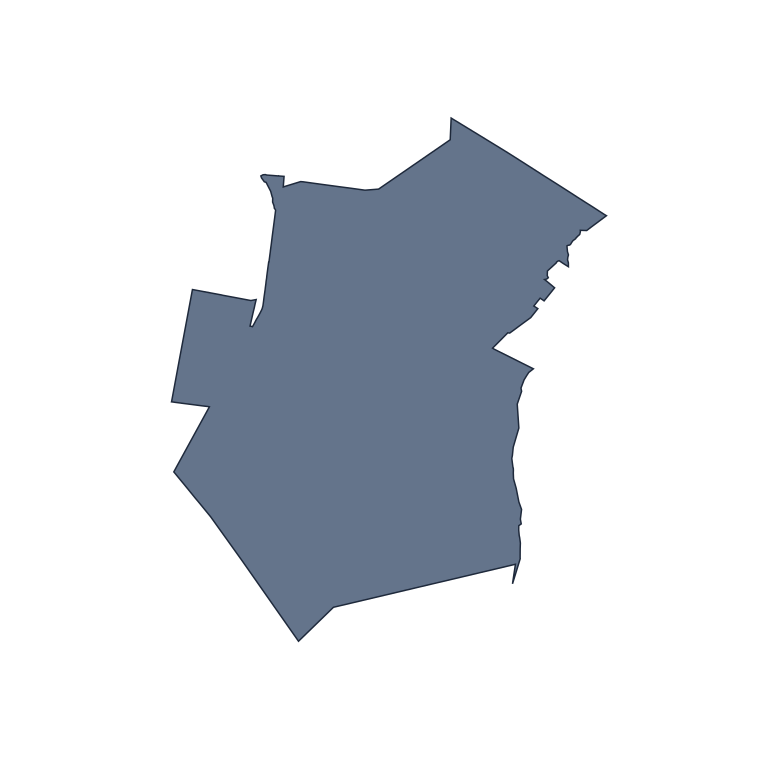 Bustamante, Nuevo León, Mexico, rotated 213°
{"feature_id": "50627088B226456394087", "entity_name": "Bustamante", "entity_type": "district", "adm_level": 2, "iso_a3": "MEX", "parent_name": "Mexico", "parent_adm1": "Nuevo León", "projection": "mercator", "projection_center": [-100.55, 26.571], "detail": "fine", "context": "isolated", "style": "filled", "palette": "slate", "viewbox_px": 768, "rotation_deg": 213, "n_neighbors": 0, "source": "geoboundaries", "source_scale": "gbopen_adm2", "svg_char_len": 2883}
<svg xmlns="http://www.w3.org/2000/svg" viewBox="0 0 768 768"><g transform="rotate(213 384 384)"><path d="M167.4,286.4L174.6,311.6L175.2,312.4L180.0,319.9L183.0,324.9L186.5,329.0L188.1,330.6L191.4,334.8L193.8,338.6L192.7,341.4L196.0,344.9L200.3,353.7L206.6,358.5L216.3,368.5L223.7,375.0L227.1,379.8L228.6,382.3L229.8,383.9L230.0,384.0L230.6,384.5L236.3,391.2L237.4,394.0L241.2,401.4L246.9,420.5L261.3,439.7L264.6,452.8L266.9,455.2L268.8,463.9L268.8,465.2L268.8,465.6L268.9,468.2L268.9,472.5L267.0,478.1L306.2,473.7L310.8,473.2L312.5,473.2L310.7,481.6L309.5,487.3L308.1,494.2L308.1,494.3L306.3,495.2L300.3,511.2L297.1,519.6L296.5,525.8L296.0,531.0L296.4,531.0L300.8,531.0L300.2,537.3L299.8,541.0L299.0,541.0L297.3,541.0L295.0,540.9L294.0,550.6L293.3,557.6L295.8,557.9L297.2,558.1L306.2,559.1L305.4,559.8L304.6,560.9L304.1,562.6L306.1,563.8L308.5,567.8L305.5,579.3L305.7,580.2L305.0,581.9L304.3,582.8L299.1,582.7L293.2,582.8L295.4,586.1L297.7,588.1L298.9,590.5L299.6,592.7L302.2,594.9L305.2,598.7L305.8,599.6L305.2,600.5L304.7,600.9L304.5,601.2L304.0,601.6L303.8,602.1L303.6,602.9L303.7,604.8L303.6,606.9L303.5,607.5L303.0,608.6L302.4,610.3L302.5,611.4L302.2,612.1L302.2,612.8L301.3,616.0L302.2,618.6L303.1,619.8L297.6,623.1L295.6,628.7L289.1,646.3L292.1,646.2L297.3,646.2L305.5,646.2L313.2,646.1L324.1,646.0L332.8,646.0L348.3,645.9L363.9,645.7L382.7,645.6L382.9,645.6L404.8,645.4L425.6,644.9L472.5,643.6L461.5,624.9L494.7,544.5L505.5,536.2L518.5,530.1L528.1,525.5L533.6,522.9L545.0,517.5L555.2,512.7L561.8,509.6L563.9,508.5L564.1,508.4L570.4,500.9L574.0,496.6L575.8,494.4L580.9,503.7L585.1,501.4L585.4,501.3L585.3,501.2L585.4,501.3L585.6,501.2L585.8,501.0L590.1,498.7L596.1,495.4L597.6,495.0L599.4,493.6L600.6,491.4L598.9,490.1L594.5,488.4L592.7,488.9L584.0,483.9L580.0,480.3L578.6,479.3L576.5,475.9L573.5,473.7L572.4,472.5L571.5,471.5L570.2,471.2L569.5,470.6L566.1,463.6L558.7,448.1L554.8,440.1L552.2,434.6L552.1,434.3L551.9,434.0L551.3,432.8L549.4,428.8L547.0,423.8L547.2,423.6L544.1,417.0L540.9,410.3L540.4,409.4L539.9,408.4L539.7,407.9L538.6,405.5L537.8,404.0L536.2,400.6L535.1,398.4L533.9,395.8L531.9,391.5L530.0,387.6L529.8,387.2L528.2,383.8L527.3,381.1L527.0,379.6L526.9,378.6L526.7,377.0L526.5,374.8L526.2,370.2L526.2,368.9L526.0,366.3L525.9,365.9L525.5,360.5L527.9,359.6L530.9,367.8L532.3,371.6L533.1,373.8L534.2,377.0L535.0,379.1L535.8,381.2L537.2,385.2L541.1,381.5L558.4,374.4L558.6,374.3L558.8,374.2L559.1,374.1L566.6,371.0L567.0,370.8L569.0,370.1L569.5,369.9L596.1,358.9L567.9,290.6L552.7,253.9L552.5,253.3L552.1,253.5L550.2,254.4L549.8,254.6L549.7,254.6L544.1,257.3L543.4,257.6L540.3,259.1L534.3,262.0L524.9,266.5L518.6,269.6L518.0,269.8L512.9,201.9L512.4,195.8L492.8,189.6L479.5,185.3L476.1,184.3L457.0,178.2L406.5,158.4L315.6,121.7L304.8,169.2L253.1,223.3L251.5,224.9L246.6,230.1L175.6,304.4L167.4,286.4Z" fill="#64748b" stroke="#1e293b" stroke-width="1.5"/></g></svg>